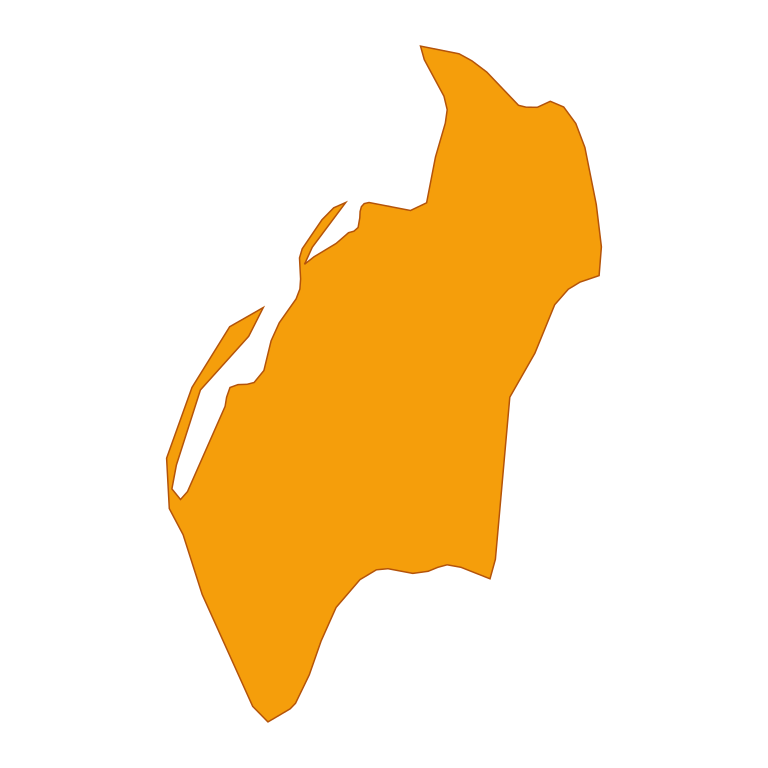 Luanda, Equal Earth projection
{"feature_id": "AGO-1880", "entity_name": "Luanda", "entity_type": "Province", "adm_level": 1, "iso_a3": "AGO", "parent_name": "Angola", "parent_adm1": "", "projection": "equal_earth", "projection_center": [13.287, -8.956], "detail": "fine", "context": "isolated", "style": "filled", "palette": "amber", "viewbox_px": 768, "rotation_deg": 0, "n_neighbors": 0, "source": "natural_earth", "source_scale": "10m", "svg_char_len": 1170}
<svg xmlns="http://www.w3.org/2000/svg" viewBox="0 0 768 768"><path d="M267.9,721.9L252.7,706.4L202.2,594.5L183.1,534.7L169.3,508.6L166.6,458.2L192.0,387.4L229.7,326.7L263.3,307.5L248.7,336.3L200.4,390.0L176.4,465.0L171.9,488.9L180.5,499.5L187.5,491.6L225.1,406.4L226.6,397.2L230.0,387.5L238.0,384.6L247.1,384.3L254.1,382.5L263.9,370.5L271.1,340.8L279.3,322.7L296.1,298.9L299.9,289.0L300.6,279.0L299.5,257.9L302.2,248.8L322.0,219.7L333.7,207.8L345.7,202.5L312.3,247.2L304.5,264.3L314.0,256.8L336.2,243.4L348.5,232.7L353.9,231.2L358.1,227.5L359.8,217.8L360.1,211.5L361.4,206.7L364.2,203.6L369.0,202.5L410.5,210.5L426.6,202.8L435.5,156.9L445.3,123.2L447.2,109.7L444.0,96.3L424.3,59.7L420.5,46.1L459.1,53.8L472.0,60.9L486.8,72.1L518.5,105.3L526.2,107.2L537.3,107.3L550.3,101.3L563.7,107.0L575.8,123.5L584.9,147.5L596.3,204.6L601.4,246.9L599.1,275.6L580.0,282.1L568.3,289.2L554.7,304.7L534.9,353.2L509.8,397.2L495.4,559.3L490.0,578.8L461.0,567.3L447.1,564.8L437.9,567.3L428.1,571.3L412.8,573.4L388.0,568.7L376.4,569.8L360.0,579.6L336.1,607.4L321.1,641.0L309.3,674.8L295.5,703.3L290.2,708.8L268.0,721.9L267.9,721.9Z" fill="#f59e0b" stroke="#b45309" stroke-width="1.5"/></svg>